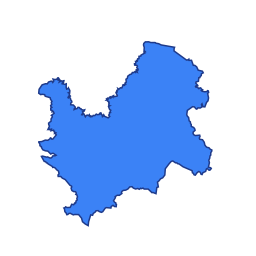 outline of Dak Glong, Đắk Nông, Vietnam, rotated 247°
{"feature_id": "81297802B52664178073196", "entity_name": "Dak Glong", "entity_type": "district", "adm_level": 2, "iso_a3": "VNM", "parent_name": "Vietnam", "parent_adm1": "Đắk Nông", "projection": "mercator", "projection_center": [107.93, 12.03], "detail": "fine", "context": "isolated", "style": "filled", "palette": "blue", "viewbox_px": 256, "rotation_deg": 247, "n_neighbors": 0, "source": "geoboundaries", "source_scale": "gbopen_adm2", "svg_char_len": 5784}
<svg xmlns="http://www.w3.org/2000/svg" viewBox="0 0 256 256"><g transform="rotate(247 128 128)"><path d="M121.7,212.2L124.2,213.9L128.7,214.8L129.2,216.1L130.8,216.4L131.3,215.8L130.7,215.0L131.3,212.9L132.7,210.8L133.7,210.1L134.0,211.6L135.2,210.8L136.5,210.6L136.8,209.9L136.5,208.6L137.0,208.2L138.5,208.2L138.9,206.6L139.7,206.3L140.2,206.9L140.1,208.8L142.8,207.9L143.8,208.7L143.5,211.1L146.6,212.8L146.3,213.8L147.3,214.7L147.6,215.9L149.3,216.8L149.4,218.8L151.2,218.7L153.8,215.2L157.5,215.1L159.6,213.9L160.2,212.6L165.5,212.9L166.4,210.6L167.6,210.9L167.3,209.8L167.7,208.4L180.9,200.5L183.0,201.4L184.1,202.4L191.5,191.0L193.6,189.2L195.2,186.8L196.0,186.4L197.8,182.3L199.2,180.8L200.5,177.6L199.7,175.6L198.4,174.7L195.7,174.4L193.2,173.1L192.0,173.5L192.4,172.8L191.7,172.3L190.5,172.9L190.0,168.4L189.2,167.9L189.7,166.1L187.6,165.2L187.9,163.9L186.7,163.3L186.8,162.5L185.9,162.5L186.3,161.0L185.6,161.1L184.2,159.9L184.6,159.1L183.3,158.7L182.2,160.7L181.3,160.9L180.2,159.7L178.5,160.2L178.4,159.2L177.7,159.9L177.3,159.6L178.1,158.5L175.9,158.3L177.1,157.5L176.3,156.8L177.2,156.5L176.8,154.7L177.4,153.7L176.3,152.3L176.5,150.7L175.8,148.0L173.9,146.7L173.7,145.2L170.9,144.3L170.5,142.8L169.3,143.0L169.5,141.2L168.9,141.8L168.6,141.5L169.2,139.9L167.3,138.0L168.0,136.7L167.3,134.8L168.3,134.1L167.2,134.0L167.0,132.5L165.4,132.1L165.2,131.5L165.8,131.4L165.2,130.7L162.1,130.9L161.6,130.4L162.2,127.6L162.6,127.1L163.4,127.4L163.3,126.8L162.3,126.2L163.3,125.8L162.2,123.8L162.7,123.6L163.4,124.2L163.7,123.9L163.3,122.4L162.4,121.4L162.5,120.6L163.4,120.7L163.2,119.6L162.4,119.9L162.1,119.1L161.7,120.2L160.9,119.7L159.2,120.7L158.6,120.0L157.8,120.2L156.7,119.2L156.1,119.2L155.6,119.9L155.5,118.5L152.4,118.3L151.1,119.1L150.4,118.1L149.1,118.0L149.3,116.9L148.0,116.3L147.4,115.3L145.8,115.7L145.1,113.7L147.9,111.0L149.6,110.8L148.5,109.6L148.4,108.9L150.3,109.3L151.7,108.2L152.1,109.1L152.6,108.9L152.6,107.7L151.7,106.8L152.3,104.9L153.2,104.2L152.4,102.3L153.2,100.9L152.5,99.8L153.6,98.5L152.8,98.1L153.3,97.5L155.3,97.6L154.7,96.7L155.6,96.0L155.9,94.6L155.0,93.1L158.3,92.9L158.8,92.4L158.0,91.0L158.3,90.6L159.7,92.6L160.8,92.6L160.7,94.3L161.7,95.2L161.8,94.2L163.2,92.2L164.1,92.3L164.5,91.5L165.8,91.2L166.6,90.1L165.7,88.4L166.1,87.7L166.0,85.6L166.8,86.1L167.1,87.2L167.9,87.6L170.5,86.7L171.8,84.3L173.3,85.1L173.8,86.5L174.8,86.7L176.2,86.3L178.0,86.6L179.2,85.9L179.0,84.8L179.5,84.7L180.4,85.8L180.3,86.9L179.7,86.8L179.9,87.4L181.5,86.9L182.6,87.7L183.7,86.9L183.7,88.4L185.3,89.1L188.2,88.8L187.7,88.3L187.8,86.7L189.7,87.0L192.8,88.4L192.9,86.8L194.5,84.6L195.1,85.1L194.7,86.1L196.6,87.5L196.8,86.9L195.9,86.3L197.4,85.2L197.2,82.8L198.5,84.2L199.6,83.7L198.9,83.1L199.5,82.3L200.4,82.6L200.6,83.7L201.4,83.5L201.6,82.8L200.7,81.5L201.2,79.6L202.3,78.1L200.2,78.0L199.3,76.5L200.8,76.2L201.2,75.5L201.4,72.8L200.2,71.0L201.0,69.3L201.3,65.8L198.4,61.3L194.9,59.4L192.8,60.7L192.6,62.1L191.3,64.3L189.6,64.2L186.3,68.2L184.7,67.9L182.2,68.4L181.6,67.4L179.4,67.0L179.0,65.6L178.3,65.4L176.8,66.0L176.6,64.7L174.7,63.9L173.7,65.0L172.5,64.4L172.4,65.7L170.4,65.7L169.6,62.4L168.6,62.9L167.7,62.6L166.4,60.7L164.4,59.9L163.5,56.8L162.0,56.3L160.5,56.5L158.1,53.9L158.1,55.0L157.2,54.8L156.9,57.0L155.6,56.0L155.1,58.6L154.3,58.4L153.7,59.0L152.8,58.6L152.4,59.0L151.7,58.3L151.5,59.5L151.0,58.9L149.7,59.3L147.2,54.5L147.4,53.6L148.8,53.2L149.2,52.7L148.5,51.8L148.0,49.4L149.2,47.1L149.2,43.3L150.1,40.5L149.7,40.3L147.5,40.6L146.1,40.0L144.7,41.0L143.9,40.7L141.2,41.1L139.3,43.0L138.0,45.2L134.2,46.7L134.3,48.3L133.9,49.3L131.0,51.2L130.9,50.2L131.7,47.9L130.7,46.5L130.5,45.4L131.0,44.3L132.8,42.7L132.9,41.8L135.5,38.4L135.7,37.2L130.0,37.8L129.2,39.0L127.8,39.3L127.6,39.9L126.2,40.4L122.2,43.3L121.1,43.3L120.9,44.3L119.4,45.5L117.6,45.9L115.5,47.2L112.8,46.6L112.1,45.2L110.7,44.8L109.6,47.2L107.6,47.9L105.0,50.1L97.9,52.2L96.6,53.3L95.7,53.2L94.9,52.1L92.4,51.9L90.7,53.1L89.9,54.8L88.9,55.0L87.9,54.8L87.3,54.0L86.5,54.8L84.3,54.6L83.2,53.4L81.7,53.2L81.2,51.7L79.6,50.7L79.8,49.9L79.3,49.7L79.5,49.3L78.6,48.0L79.8,46.4L77.5,43.8L78.6,40.8L79.8,39.8L79.3,38.9L79.4,37.7L78.4,37.9L75.6,37.2L74.2,37.8L72.1,37.8L71.9,38.8L72.4,40.0L72.1,41.5L69.4,43.7L69.2,45.2L67.6,48.7L63.2,50.0L59.5,49.5L56.4,51.1L53.7,53.2L57.1,55.1L62.6,59.7L61.5,61.3L62.9,62.6L63.5,65.2L64.3,66.3L63.6,68.2L62.4,68.8L60.8,70.5L60.8,72.0L63.1,75.7L63.2,76.9L61.0,81.0L62.3,81.9L62.7,84.0L61.0,84.9L60.2,86.4L62.2,87.5L62.7,87.1L63.8,87.5L65.0,86.6L66.7,86.3L68.8,89.2L69.8,89.3L70.3,91.8L69.4,93.8L70.1,96.8L71.2,96.8L72.0,97.5L72.4,99.3L71.7,101.6L71.9,104.2L73.1,106.5L72.4,108.8L70.7,109.4L68.9,111.1L68.5,113.4L67.2,114.4L67.6,116.1L67.0,116.5L66.8,118.3L65.5,119.0L63.9,122.7L59.1,124.8L58.9,125.8L56.6,128.1L62.0,131.3L61.9,132.9L66.7,134.0L67.3,136.0L68.5,138.0L68.6,140.5L70.3,143.5L75.9,146.4L79.1,152.0L80.3,154.6L80.3,155.6L80.1,156.4L77.4,158.1L76.8,159.4L75.8,159.7L74.9,161.0L70.8,163.5L63.7,170.3L61.6,169.8L60.7,170.5L59.2,170.5L58.5,171.2L58.3,171.5L59.9,174.2L60.3,176.2L59.0,177.2L56.8,177.2L56.2,178.0L57.6,179.5L57.7,182.5L59.7,184.2L59.8,185.0L57.5,186.1L57.2,186.9L58.1,188.8L59.1,188.6L60.5,186.7L64.3,189.4L66.8,189.8L68.1,191.3L70.2,192.5L70.7,193.6L72.9,194.5L74.0,196.1L75.0,196.6L76.3,195.4L78.2,194.8L79.4,193.1L80.3,192.6L82.3,192.1L85.1,192.6L88.1,192.0L89.6,189.6L90.9,189.7L92.1,191.0L93.4,191.2L94.8,186.9L96.0,186.0L97.4,185.7L98.8,186.4L99.6,188.8L100.9,189.1L102.8,188.7L104.7,186.9L106.6,187.6L107.7,187.3L109.3,187.8L110.7,187.1L114.0,187.9L116.0,187.2L117.6,187.4L121.0,189.5L122.4,195.8L121.4,197.4L119.2,198.0L118.5,198.7L119.2,200.3L118.2,202.2L118.4,203.9L119.3,204.6L121.0,204.8L121.4,205.6L118.3,205.3L117.4,207.0L120.9,210.3L121.7,212.2Z" fill="#3b82f6" stroke="#1e3a8a" stroke-width="1.5"/></g></svg>